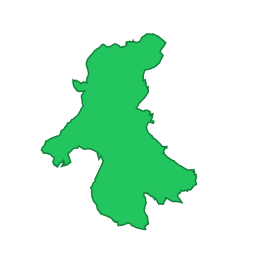 Vultureni, Cluj, Romania (Natural Earth projection), rotated 283°
{"feature_id": "2599482B57852865325631", "entity_name": "Vultureni", "entity_type": "district", "adm_level": 2, "iso_a3": "ROU", "parent_name": "Romania", "parent_adm1": "Cluj", "projection": "natural_earth1", "projection_center": [23.551, 46.958], "detail": "fine", "context": "isolated", "style": "filled", "palette": "green", "viewbox_px": 256, "rotation_deg": 283, "n_neighbors": 0, "source": "geoboundaries", "source_scale": "gbopen_adm2", "svg_char_len": 5730}
<svg xmlns="http://www.w3.org/2000/svg" viewBox="0 0 256 256"><g transform="rotate(283 128 128)"><path d="M225.3,130.9L224.7,130.5L224.4,130.0L224.5,128.3L224.1,125.9L223.7,124.8L222.3,124.0L221.0,122.6L219.1,121.0L216.3,120.5L215.3,120.1L213.7,118.2L213.2,117.1L213.2,116.5L213.5,115.9L213.1,114.8L213.4,114.0L214.3,113.4L213.1,113.3L212.7,113.0L212.8,112.2L212.7,111.5L212.9,110.5L212.2,110.0L212.4,109.7L212.1,109.2L212.2,108.9L211.6,107.4L210.7,107.0L210.7,107.4L210.1,107.5L208.8,107.1L209.8,107.9L209.8,108.2L209.6,108.2L208.6,107.6L208.4,107.7L207.6,107.4L206.4,106.5L206.4,106.0L206.2,105.7L206.3,105.2L206.0,105.1L205.9,104.7L205.9,104.1L205.6,104.2L204.8,102.6L205.1,102.1L206.0,101.1L206.7,99.3L206.7,98.5L207.1,97.2L207.0,96.4L206.6,95.6L204.4,93.5L203.5,92.4L202.3,90.0L202.3,89.1L203.8,86.0L203.9,84.6L203.1,83.8L201.3,83.0L199.5,81.7L198.1,80.0L197.3,79.5L196.0,78.2L191.8,76.3L189.2,74.7L187.7,74.2L186.6,73.4L183.8,72.9L181.6,72.9L180.2,73.3L178.2,74.2L176.0,75.7L172.1,77.4L170.5,77.5L168.0,76.8L166.9,77.1L165.2,77.0L163.4,77.5L162.1,78.2L163.3,77.1L162.8,75.9L162.8,74.0L161.9,73.6L161.2,72.4L160.9,72.4L161.2,71.9L161.0,71.4L161.8,70.6L162.4,67.8L162.9,66.6L161.9,65.7L161.9,65.2L162.6,63.7L161.9,63.7L158.8,64.6L156.1,66.2L154.4,68.0L154.4,68.5L153.6,69.0L152.7,70.2L152.6,72.4L153.3,74.0L153.2,74.9L154.5,77.4L151.0,76.2L149.6,75.5L148.7,75.4L146.6,76.1L144.2,77.3L141.9,77.9L140.7,78.5L140.0,79.2L138.9,79.3L136.4,78.2L133.5,77.6L128.5,75.9L127.3,74.7L125.0,73.2L123.7,72.1L123.7,71.5L123.5,71.3L120.3,70.1L119.9,69.2L119.5,68.7L119.4,68.3L119.0,67.9L117.7,67.7L116.7,67.9L116.0,67.1L114.3,66.2L113.4,66.1L112.3,65.7L110.9,64.1L110.1,63.5L106.5,63.4L105.6,63.1L104.5,61.7L103.8,60.0L102.7,58.8L102.6,58.1L101.4,56.9L101.3,56.4L100.6,55.8L100.4,55.2L99.9,54.5L98.3,53.2L96.8,51.0L93.0,50.6L92.1,50.4L89.1,48.7L86.8,48.7L86.0,50.3L84.7,50.9L84.7,53.1L85.0,53.7L85.2,55.0L84.8,56.2L84.9,58.1L84.6,58.8L83.6,59.9L82.8,61.6L82.7,62.5L81.8,62.8L80.4,62.8L78.4,62.4L77.5,62.6L77.2,63.1L75.1,64.7L75.6,65.2L75.1,65.8L75.2,66.3L74.5,67.1L74.2,67.8L74.7,68.5L75.3,68.1L76.4,68.5L76.8,69.1L78.2,69.2L78.6,69.8L79.1,69.9L79.1,70.4L80.0,71.6L82.0,72.3L80.4,73.5L80.0,72.9L79.4,72.7L79.2,72.9L79.3,73.7L78.6,73.4L78.1,73.6L77.8,73.2L77.7,72.7L77.2,72.4L75.7,72.0L76.8,73.8L77.0,74.6L78.1,75.6L78.0,76.4L78.9,77.4L81.8,79.9L89.6,75.1L90.2,75.7L90.6,76.3L95.6,79.3L96.5,80.7L97.1,83.5L99.4,83.9L98.5,86.8L97.9,88.1L97.5,90.0L99.1,94.5L98.9,98.2L98.2,101.2L96.6,104.9L95.6,104.1L94.8,104.8L91.1,106.7L93.7,107.4L94.8,107.9L89.8,111.4L71.8,107.7L71.1,107.4L70.2,107.5L70.0,107.9L69.0,108.1L66.5,106.5L63.4,106.1L61.8,105.1L60.9,105.5L59.6,106.9L57.7,106.8L54.1,108.1L53.1,108.2L52.8,108.3L52.7,108.8L50.7,109.7L48.4,111.5L47.6,112.5L47.5,113.3L46.5,114.0L46.0,114.5L45.0,115.3L43.3,115.8L42.1,116.5L38.2,121.0L38.2,121.9L37.9,122.8L38.0,124.7L37.6,126.1L37.5,127.5L37.1,128.5L37.1,129.4L36.3,132.4L35.0,133.6L35.0,134.2L34.3,134.5L34.1,135.4L34.2,136.1L33.4,136.4L33.3,136.9L34.0,139.2L30.7,140.3L32.1,144.5L33.3,146.1L34.2,147.9L35.7,149.1L35.3,150.3L35.1,152.8L34.2,152.9L33.6,154.4L33.6,155.3L32.8,158.7L32.8,166.5L33.1,168.0L33.6,167.9L35.2,166.5L35.9,166.2L36.0,166.8L36.7,167.3L37.0,167.3L39.3,169.6L39.8,169.1L46.0,166.8L49.1,163.6L51.6,162.1L52.9,162.3L56.3,162.0L58.1,162.5L59.6,162.5L61.1,161.4L63.5,160.8L64.5,160.1L65.0,159.2L65.9,158.6L66.4,158.4L68.5,158.3L68.7,158.5L68.7,159.0L68.3,160.0L69.0,160.9L68.2,161.9L68.7,162.2L67.2,164.3L67.3,164.6L66.6,165.8L67.3,166.4L65.2,169.4L64.8,169.6L64.7,170.0L64.4,170.2L64.6,170.3L65.5,170.5L64.3,171.9L60.8,175.2L60.8,175.5L61.2,175.9L61.3,176.6L61.6,176.9L61.3,177.6L61.6,178.4L61.7,179.5L64.1,179.8L66.9,180.8L67.0,180.4L68.5,180.3L68.5,181.5L67.5,184.0L66.5,188.0L67.5,193.1L67.5,194.5L67.3,197.5L67.6,197.4L67.8,196.9L69.6,195.2L72.1,192.2L73.3,191.4L74.2,191.2L75.3,192.2L76.7,193.1L76.5,193.4L76.7,193.6L79.3,194.0L79.0,196.5L79.9,197.6L80.3,197.8L80.3,198.5L79.8,199.8L80.0,200.3L81.6,200.5L81.6,202.4L82.5,203.5L83.4,203.7L83.8,204.0L84.4,203.9L84.7,204.4L84.9,204.2L85.7,204.5L87.1,205.7L87.7,206.5L88.0,207.2L88.5,207.3L89.4,207.1L89.6,206.8L92.2,205.2L93.3,205.8L93.9,205.7L96.0,205.7L97.3,204.7L97.5,204.9L98.1,204.8L97.5,203.3L100.6,202.6L100.0,201.2L101.2,201.5L102.2,201.6L101.5,200.3L101.6,199.2L100.9,197.8L100.5,195.1L101.5,192.5L101.6,191.3L102.5,189.5L102.9,188.1L103.1,186.2L106.0,180.2L106.4,180.1L106.3,179.7L106.5,178.1L106.5,177.8L107.4,175.9L107.4,175.2L107.7,175.0L107.8,174.2L108.4,173.5L108.6,172.7L110.5,169.8L111.0,168.1L112.0,168.7L112.9,167.9L115.1,168.2L116.9,168.6L117.0,170.1L118.7,170.1L117.8,167.4L117.8,165.7L118.0,165.1L119.6,163.1L121.9,159.2L122.8,158.0L123.4,156.4L123.2,156.3L123.6,154.8L124.1,154.9L124.6,153.9L125.5,153.5L126.0,152.6L126.1,152.0L126.4,151.7L126.6,150.9L126.9,150.7L126.8,150.3L127.5,149.1L127.9,149.0L128.8,148.1L130.6,147.0L131.5,146.3L132.6,145.7L134.4,145.8L137.3,146.4L138.6,147.2L138.3,151.6L140.3,151.7L140.6,148.7L143.3,149.2L147.5,149.0L147.0,147.7L145.2,147.7L145.5,145.9L148.7,146.1L149.5,143.7L149.6,142.2L149.1,141.2L149.1,140.6L148.5,140.3L148.1,139.8L147.8,138.6L148.7,134.9L148.7,131.7L151.2,132.3L152.1,132.7L154.3,133.1L161.6,137.5L167.0,139.5L169.5,139.3L169.5,138.7L169.8,138.5L171.5,138.7L172.6,138.2L171.8,137.7L174.5,135.2L174.9,135.5L175.3,135.0L175.7,135.5L178.9,133.7L177.3,132.5L178.5,131.8L183.4,131.0L187.2,131.2L188.1,131.5L188.8,132.3L189.2,133.6L190.0,134.7L190.0,135.2L190.8,136.7L192.4,138.4L192.6,139.3L195.0,141.6L197.4,143.1L198.0,143.7L200.1,144.3L201.9,144.5L203.3,145.0L204.4,145.0L204.8,145.5L205.0,145.4L206.5,145.9L209.5,142.0L210.7,142.5L212.4,142.7L214.5,144.0L219.6,145.6L223.9,137.3L225.3,130.9Z" fill="#22c55e" stroke="#15803d" stroke-width="1.5"/></g></svg>